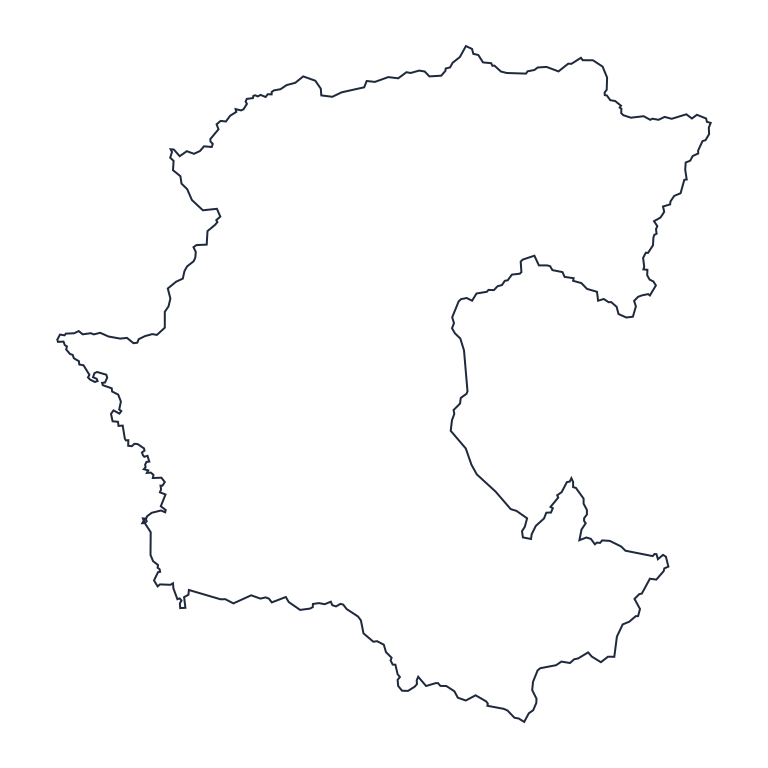 outline of São Gabriel, Rio Grande do Sul, Brazil
{"feature_id": "56859067B27515042483848", "entity_name": "São Gabriel", "entity_type": "district", "adm_level": 2, "iso_a3": "BRA", "parent_name": "Brazil", "parent_adm1": "Rio Grande do Sul", "projection": "robinson", "projection_center": [-54.366, -30.336], "detail": "fine", "context": "isolated", "style": "outline", "palette": "slate", "viewbox_px": 768, "rotation_deg": 0, "n_neighbors": 0, "source": "geoboundaries", "source_scale": "gbopen_adm2", "svg_char_len": 6037}
<svg xmlns="http://www.w3.org/2000/svg" viewBox="0 0 768 768"><path d="M170.6,149.3L172.0,152.0L170.2,157.7L173.6,160.9L173.0,170.2L180.4,176.2L181.5,183.6L187.2,189.2L191.9,200.0L202.9,210.3L216.9,208.8L220.3,216.6L216.3,220.1L217.4,222.1L215.1,224.8L207.5,231.1L206.7,244.6L196.4,245.1L193.5,247.2L195.8,252.0L195.3,257.6L193.6,261.3L187.1,266.4L184.5,271.0L182.8,278.6L176.1,281.7L167.8,288.5L170.4,298.6L168.5,306.4L164.8,311.8L164.8,327.7L156.9,334.9L152.3,334.1L145.0,336.1L138.7,339.2L137.3,342.7L133.5,343.2L127.0,337.9L120.2,338.6L108.5,336.5L100.2,332.8L93.8,334.4L90.8,333.2L82.7,334.3L78.7,331.1L74.0,333.3L65.9,333.6L64.6,335.3L60.0,334.6L57.3,339.6L58.0,341.9L63.5,341.6L64.8,345.1L66.9,346.4L66.2,349.5L70.0,354.0L72.6,354.8L73.9,358.3L78.9,361.2L79.3,364.5L83.5,365.3L89.4,374.8L88.0,377.4L90.1,379.6L95.0,382.0L97.6,381.0L96.7,378.8L93.0,377.2L94.5,373.1L97.1,372.0L106.3,374.7L107.2,377.7L105.0,382.5L102.1,382.9L102.8,385.2L111.7,388.3L112.1,391.5L118.2,394.6L120.9,401.6L119.2,409.5L121.3,411.1L119.4,413.6L113.5,410.4L111.0,413.9L112.6,421.3L118.0,421.8L118.5,425.9L122.7,425.6L124.8,438.5L125.9,440.4L128.3,440.2L128.2,445.8L131.8,446.2L134.4,443.8L137.7,444.1L144.0,448.4L144.5,450.6L141.9,452.5L142.9,455.2L144.3,456.8L147.5,455.8L149.3,461.6L146.5,461.9L145.1,464.7L145.6,467.2L143.8,469.2L148.2,470.4L146.9,472.9L150.8,472.6L153.5,474.9L152.8,478.0L161.4,477.7L164.8,482.1L162.4,485.7L160.5,485.6L161.1,489.3L159.9,492.3L165.5,494.5L160.8,506.3L165.7,510.0L165.2,512.3L161.0,510.5L151.7,512.8L147.3,516.1L145.7,518.7L146.7,521.3L144.8,523.1L150.7,532.2L150.5,554.9L153.1,561.2L158.0,565.0L157.6,567.7L159.6,569.2L160.1,571.8L158.0,572.2L154.0,580.4L157.6,586.4L160.0,584.4L170.4,584.8L173.0,583.3L173.4,588.4L177.4,599.2L179.6,598.4L181.5,600.5L179.9,603.3L180.2,608.1L185.4,607.8L184.1,597.1L188.4,594.8L188.9,590.0L220.6,599.3L225.3,599.2L233.4,603.4L251.2,595.3L260.4,598.6L265.6,597.4L268.9,598.6L271.8,602.4L285.8,597.0L288.7,602.0L300.1,609.9L310.0,608.6L312.8,607.1L312.9,604.0L318.9,603.1L324.7,604.2L330.8,601.7L332.3,605.2L336.0,606.4L340.4,603.9L343.2,604.6L346.7,609.1L358.0,616.5L360.9,620.4L363.5,633.4L373.3,641.7L377.1,641.2L383.8,644.7L386.0,652.2L391.6,657.7L390.6,660.5L392.7,664.6L395.4,664.7L397.6,674.2L399.9,677.0L397.6,679.9L398.2,686.0L402.0,690.7L408.0,690.9L414.8,686.6L417.0,684.0L416.7,680.3L418.2,676.8L426.1,686.0L435.8,683.1L438.0,683.1L440.4,685.9L446.3,686.0L454.4,691.3L457.8,697.7L465.8,700.5L475.6,695.3L486.2,701.4L487.8,703.6L487.4,705.8L503.6,708.8L507.5,710.5L514.4,717.7L518.7,718.5L524.2,721.9L528.8,713.3L533.2,710.2L536.3,703.0L536.5,698.7L532.2,690.1L533.0,681.9L537.6,670.4L540.3,668.2L556.1,665.2L561.4,661.6L570.0,663.0L574.1,659.3L578.2,658.4L588.1,652.4L591.8,656.6L600.9,662.2L608.0,656.7L614.3,656.8L616.9,636.6L622.7,624.4L629.3,621.7L635.7,616.2L638.1,616.1L640.0,609.0L634.5,598.9L639.3,594.1L641.8,593.6L649.9,578.7L656.3,579.6L663.7,571.1L664.3,568.4L668.4,566.6L665.9,556.7L663.0,554.9L657.9,559.2L656.5,554.2L654.5,554.0L652.7,556.1L625.4,550.7L621.2,546.5L609.8,540.9L602.2,540.4L600.0,542.9L596.9,542.6L594.9,544.3L590.9,538.9L586.4,537.5L579.4,540.2L581.5,529.6L585.7,523.2L584.1,521.0L584.1,518.2L586.9,514.5L586.9,509.9L583.6,503.7L583.6,498.6L575.9,487.9L573.1,487.1L573.1,482.0L571.4,478.2L569.7,481.6L566.9,482.1L561.6,492.2L557.2,495.3L558.2,497.6L550.5,506.9L552.8,508.2L551.0,512.5L546.3,512.7L544.0,518.5L535.8,525.9L531.7,534.2L531.0,539.0L522.9,537.4L522.0,531.2L524.8,526.8L527.1,518.3L516.5,510.9L510.7,509.1L495.5,491.5L476.8,474.4L471.4,464.6L465.8,448.5L450.7,430.8L452.0,420.1L454.3,413.9L453.6,410.0L460.0,403.6L460.8,397.9L466.5,393.8L467.5,391.3L464.0,350.4L460.3,338.5L454.9,333.3L452.0,328.2L454.0,323.2L452.2,317.3L458.7,301.3L461.2,299.1L466.7,298.0L472.1,300.7L476.5,293.5L486.8,291.8L488.5,289.9L493.9,290.1L497.5,286.3L502.0,285.0L504.8,280.8L507.7,280.3L511.9,274.6L519.8,273.7L521.4,272.1L520.7,261.6L522.7,259.6L534.4,255.7L538.9,265.4L547.3,265.4L550.1,266.2L552.4,270.1L562.5,272.1L564.6,276.9L573.6,278.2L573.1,280.8L581.4,283.1L587.0,288.9L597.0,291.8L598.1,300.7L603.8,299.0L608.6,302.2L611.2,302.1L616.6,306.8L618.5,314.0L626.3,317.5L632.9,316.7L635.9,306.4L634.1,300.9L638.1,296.8L641.9,295.4L648.1,294.1L649.9,295.5L655.9,285.4L653.3,281.4L649.6,279.6L647.2,275.3L647.4,269.8L643.4,269.4L644.2,266.6L643.1,258.0L645.8,252.7L648.0,252.9L653.0,245.3L653.4,237.6L654.3,234.9L656.6,233.7L656.0,229.2L657.3,226.1L654.0,221.2L660.4,217.6L662.6,214.4L664.2,211.8L663.0,206.5L670.1,204.4L670.5,201.4L674.2,195.9L680.6,193.2L684.3,179.8L686.7,179.5L685.2,169.6L685.7,162.5L690.2,160.7L692.7,156.0L698.2,153.5L698.1,150.6L702.5,141.1L705.5,140.2L709.1,134.1L708.8,127.7L710.7,122.9L706.9,121.8L706.1,118.5L696.9,114.8L691.9,118.5L686.3,114.3L671.7,118.8L664.6,116.9L658.6,119.8L652.4,118.7L650.2,119.8L643.7,116.2L630.9,117.7L623.3,115.2L621.2,113.1L621.4,108.8L619.7,107.6L621.0,105.7L615.1,101.0L610.3,100.2L606.9,95.5L604.8,95.1L604.6,92.6L606.7,89.8L607.1,77.6L602.6,66.6L593.0,60.3L582.7,60.2L580.9,57.8L571.5,63.8L568.2,63.7L558.5,71.4L546.5,66.9L537.7,67.5L534.4,70.0L527.6,71.3L526.0,73.6L506.8,73.0L500.9,71.5L494.4,65.6L492.4,65.8L491.2,63.2L483.0,62.4L478.3,55.0L473.3,53.8L472.0,48.9L465.9,46.1L459.9,57.0L452.6,62.8L450.1,67.4L445.7,68.5L445.4,70.9L441.2,75.7L429.4,76.4L424.7,71.5L419.1,70.6L410.6,73.0L406.5,72.2L398.2,78.3L388.3,77.1L374.9,81.9L366.7,81.0L364.2,87.3L341.7,92.3L332.3,96.8L321.3,95.4L320.8,88.7L315.3,80.7L303.2,76.4L295.3,82.8L286.6,85.1L280.5,89.2L273.9,90.4L271.7,92.0L271.6,94.4L267.8,94.2L265.6,97.0L260.6,94.9L257.7,96.4L255.3,95.3L253.4,95.8L252.9,98.1L246.8,98.9L245.6,101.5L246.9,103.9L243.5,109.3L241.0,110.4L235.6,109.1L236.3,111.9L230.2,115.7L225.9,121.5L220.6,120.9L216.6,124.3L218.5,129.3L210.3,139.1L210.5,141.6L212.8,143.9L211.7,147.0L204.0,146.3L200.0,151.0L194.0,153.8L186.8,151.2L179.7,156.2L173.8,149.5L170.6,149.3ZM145.7,518.7L142.9,518.4L143.7,520.7L145.7,518.7ZM143.7,520.7L142.3,523.2L144.8,523.1L143.7,520.7Z" fill="none" stroke="#1e293b" stroke-width="2"/></svg>